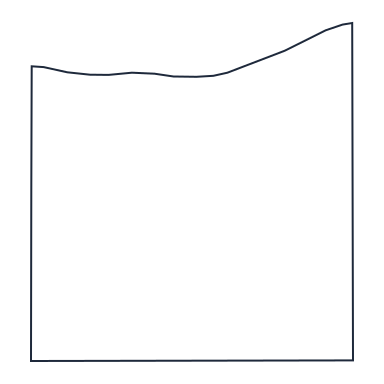 the district of Luce, Michigan, United States of America
{"feature_id": "52423323B37412968386786", "entity_name": "Luce", "entity_type": "district", "adm_level": 2, "iso_a3": "USA", "parent_name": "United States of America", "parent_adm1": "Michigan", "projection": "equal_earth", "projection_center": [-85.598, 46.5], "detail": "fine", "context": "isolated", "style": "outline", "palette": "slate", "viewbox_px": 384, "rotation_deg": 0, "n_neighbors": 0, "source": "geoboundaries", "source_scale": "gbopen_adm2", "svg_char_len": 333}
<svg xmlns="http://www.w3.org/2000/svg" viewBox="0 0 384 384"><path d="M31.3,188.7L31.0,361.0L353.0,360.4L352.2,23.0L342.5,24.6L325.7,30.3L284.8,50.7L227.4,72.7L213.4,75.8L196.5,76.8L173.5,76.5L154.5,73.7L131.9,72.7L108.5,74.9L90.0,74.7L67.3,72.3L43.7,67.1L31.7,66.3L31.3,188.7Z" fill="none" stroke="#1e293b" stroke-width="2"/></svg>